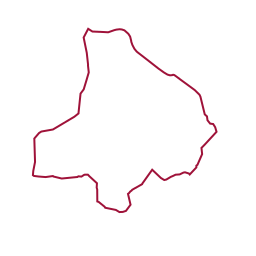 outline of Akamkpa, Cross River, Nigeria, rotated 297°
{"feature_id": "59680162B55799213409467", "entity_name": "Akamkpa", "entity_type": "district", "adm_level": 2, "iso_a3": "NGA", "parent_name": "Nigeria", "parent_adm1": "Cross River", "projection": "mercator", "projection_center": [8.538, 5.38], "detail": "fine", "context": "isolated", "style": "outline", "palette": "rose", "viewbox_px": 256, "rotation_deg": 297, "n_neighbors": 0, "source": "geoboundaries", "source_scale": "gbopen_adm2", "svg_char_len": 1392}
<svg xmlns="http://www.w3.org/2000/svg" viewBox="0 0 256 256"><g transform="rotate(297 128 128)"><path d="M164.8,208.6L168.3,205.3L170.2,202.1L169.2,199.2L171.0,195.3L174.2,193.1L175.0,190.2L188.8,178.3L190.1,176.6L192.1,170.2L192.4,168.4L195.1,151.8L195.2,151.4L196.0,146.6L196.2,145.3L195.9,144.0L195.1,143.3L194.0,141.5L193.5,138.9L193.8,134.7L194.8,128.1L196.4,119.9L199.8,102.1L200.1,100.9L201.5,97.7L204.0,94.2L206.3,91.8L207.2,91.2L210.4,88.4L211.0,87.4L212.1,85.5L213.4,80.5L213.0,77.8L212.2,75.7L210.4,73.0L208.9,71.3L204.3,66.9L201.5,60.6L197.8,52.5L198.3,47.5L188.5,47.4L176.3,57.1L166.4,63.6L165.5,64.0L159.7,67.8L150.7,69.5L142.3,71.0L137.1,70.1L118.9,77.1L118.5,77.3L113.7,75.1L92.6,61.8L85.5,52.4L83.1,51.0L76.1,49.3L55.5,60.6L46.7,63.1L42.8,64.7L42.6,66.0L44.2,70.4L46.9,76.9L51.1,82.9L50.9,83.5L52.9,91.9L61.4,105.2L62.4,105.7L63.6,108.6L66.2,110.1L66.9,110.8L68.2,113.5L67.5,115.4L64.7,125.4L60.6,127.2L59.2,128.5L48.6,134.0L48.8,135.5L47.2,143.0L46.6,143.9L49.5,154.4L49.2,158.5L50.9,161.5L53.2,163.8L60.8,165.1L69.3,157.9L70.6,158.5L72.3,158.8L73.9,159.6L74.9,159.8L84.4,166.1L85.0,166.0L101.8,168.5L98.4,180.0L98.1,183.9L99.4,185.5L104.0,188.4L105.5,189.7L108.0,191.6L110.1,195.1L113.4,197.6L114.4,198.9L115.1,202.9L114.6,204.1L123.9,206.8L125.5,206.0L126.7,206.6L138.4,205.9L143.6,202.5L148.4,204.0L164.8,208.6Z" fill="none" stroke="#9f1239" stroke-width="2"/></g></svg>